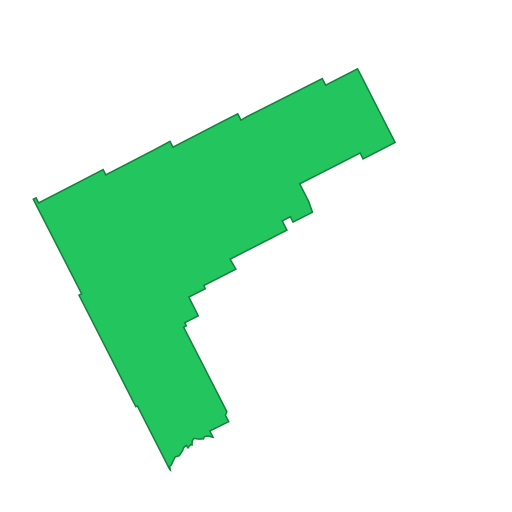 the district of Rosebud, Montana, United States of America, rotated 243°
{"feature_id": "52423323B43348892660501", "entity_name": "Rosebud", "entity_type": "district", "adm_level": 2, "iso_a3": "USA", "parent_name": "United States of America", "parent_adm1": "Montana", "projection": "robinson", "projection_center": [-107.061, 46.02], "detail": "fine", "context": "isolated", "style": "filled", "palette": "green", "viewbox_px": 512, "rotation_deg": 243, "n_neighbors": 0, "source": "geoboundaries", "source_scale": "gbopen_adm2", "svg_char_len": 974}
<svg xmlns="http://www.w3.org/2000/svg" viewBox="0 0 512 512"><g transform="rotate(243 256 256)"><path d="M391.0,304.3L391.0,285.9L390.7,231.4L397.2,231.4L396.8,213.2L396.5,159.0L402.4,159.0L402.2,129.5L402.0,86.4L407.7,86.4L407.7,83.3L301.5,83.5L301.5,80.5L176.3,80.5L176.2,82.2L105.1,82.2L104.3,82.5L107.7,83.5L108.3,85.6L113.6,92.6L112.9,97.0L115.9,102.2L118.2,104.8L118.9,107.8L115.9,108.3L117.6,112.1L116.6,113.2L120.4,115.4L121.6,118.0L119.0,121.6L116.9,126.1L118.4,128.0L117.5,131.4L114.0,135.4L121.1,135.4L120.8,156.5L123.5,156.5L127.9,156.4L130.6,159.4L225.3,159.2L225.4,162.3L228.9,162.3L228.9,177.4L249.9,177.5L249.9,196.0L253.4,196.2L253.4,232.1L264.9,231.5L265.0,285.4L265.0,287.3L265.0,295.3L275.4,295.3L275.4,304.4L269.4,304.4L269.4,326.2L280.6,327.7L300.7,327.7L300.4,328.5L300.5,395.6L293.9,395.4L294.0,431.5L356.5,431.5L376.7,431.5L376.6,395.6L384.0,395.6L384.3,310.9L383.8,304.3L391.0,304.3Z" fill="#22c55e" stroke="#15803d" stroke-width="1.5"/></g></svg>